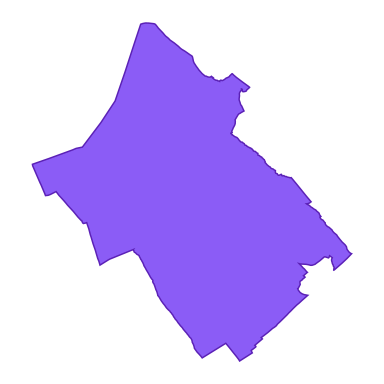 Dersca, Botosani, Romania
{"feature_id": "2599482B84441476848712", "entity_name": "Dersca", "entity_type": "district", "adm_level": 2, "iso_a3": "ROU", "parent_name": "Romania", "parent_adm1": "Botosani", "projection": "robinson", "projection_center": [26.235, 47.983], "detail": "fine", "context": "isolated", "style": "filled", "palette": "violet", "viewbox_px": 384, "rotation_deg": 0, "n_neighbors": 0, "source": "geoboundaries", "source_scale": "gbopen_adm2", "svg_char_len": 5910}
<svg xmlns="http://www.w3.org/2000/svg" viewBox="0 0 384 384"><path d="M351.6,253.7L350.6,253.3L348.9,251.9L347.0,249.3L346.4,246.6L345.0,244.7L342.0,241.9L339.7,239.1L337.5,236.3L336.7,234.9L334.1,232.8L332.8,231.4L331.9,229.8L330.7,228.8L329.6,227.8L328.7,227.1L327.5,226.6L327.1,226.1L326.5,225.7L326.0,225.1L325.2,223.8L325.2,222.8L324.4,222.1L324.1,221.6L322.8,220.0L321.7,219.6L320.7,218.7L320.5,218.4L320.2,217.6L319.9,217.1L320.9,216.5L319.5,214.6L319.3,213.7L318.8,212.8L316.7,211.1L315.8,210.0L314.1,209.1L312.9,208.3L312.7,208.0L310.6,206.7L309.6,205.6L307.2,204.3L306.5,203.8L307.9,203.6L308.7,203.3L309.5,203.0L311.1,201.8L305.9,195.6L296.6,184.1L291.2,177.6L290.0,177.8L289.4,177.5L287.4,177.1L286.2,176.5L285.2,176.5L284.3,176.0L283.9,175.6L283.3,175.8L282.5,175.8L282.0,175.7L281.8,175.6L281.7,175.2L281.6,174.8L281.6,174.5L281.3,174.3L280.7,174.5L279.4,175.2L278.8,175.3L278.3,175.2L277.6,174.5L277.2,173.7L275.7,173.2L275.4,172.4L275.3,171.8L275.5,171.0L275.4,170.5L274.3,170.0L273.3,169.1L271.5,168.5L270.6,167.8L270.2,167.0L269.0,166.4L267.1,164.8L266.6,164.2L265.8,163.2L265.3,162.8L265.1,162.5L265.2,161.7L264.8,161.0L264.3,159.7L263.5,159.2L262.9,158.4L262.1,157.8L261.8,157.2L261.4,157.1L261.0,156.7L260.4,156.6L259.8,155.9L259.1,155.4L258.8,155.4L258.0,155.2L257.8,153.9L257.9,153.4L257.3,153.2L255.2,151.4L254.9,151.3L254.2,151.3L253.6,151.0L253.3,150.8L253.2,150.3L252.2,149.2L252.0,148.9L251.3,148.7L251.0,148.2L250.4,147.9L249.6,147.8L249.2,147.4L248.1,147.0L247.5,146.4L247.0,146.3L246.9,146.2L246.2,145.4L245.0,145.2L244.3,143.8L244.2,143.6L243.7,143.4L243.5,143.2L242.8,142.8L242.5,142.3L242.0,142.1L241.2,142.1L240.4,141.6L240.0,141.0L239.4,140.5L238.0,138.6L236.9,137.5L234.5,136.5L233.6,135.7L232.6,135.1L232.1,134.9L232.2,134.4L231.8,134.1L231.0,133.7L230.8,133.4L230.9,133.1L231.1,132.9L231.5,132.7L231.8,132.6L232.2,132.4L232.1,132.0L231.8,131.6L231.7,131.3L231.9,130.7L232.4,130.0L233.0,128.4L234.8,124.9L235.2,123.4L235.3,121.1L235.1,119.8L236.8,116.9L238.0,114.9L238.6,114.1L239.0,113.8L239.9,113.4L241.1,112.6L244.0,111.0L243.1,109.1L241.8,106.2L241.4,105.5L240.9,105.0L240.4,103.9L240.3,103.3L239.2,100.0L239.1,99.0L239.5,95.8L239.4,94.6L239.4,93.2L240.0,92.0L240.4,91.4L241.6,89.8L241.7,89.5L241.4,89.0L241.7,88.9L242.3,89.6L242.4,91.2L242.6,91.5L242.9,91.7L243.8,91.7L245.0,91.5L245.7,91.3L246.4,90.9L246.7,90.0L249.0,88.0L249.6,87.3L248.9,86.7L242.2,81.8L236.4,77.4L233.7,75.1L232.4,73.8L232.1,73.7L231.9,73.8L230.3,75.3L229.7,75.9L229.4,76.5L229.0,76.8L227.9,77.4L226.2,78.1L225.7,78.4L224.6,79.4L222.7,80.5L221.7,80.5L221.2,80.2L220.6,80.2L219.8,80.8L219.7,81.4L219.1,81.1L217.7,80.8L217.5,80.7L217.0,80.2L216.0,80.3L215.7,80.2L214.2,79.3L212.9,78.2L213.0,78.0L212.4,77.8L212.2,77.5L212.2,77.4L212.7,77.3L211.7,76.6L211.4,76.3L210.4,77.0L209.5,77.2L208.7,77.1L207.5,76.8L206.4,76.2L205.2,76.1L202.1,73.6L198.7,69.7L197.7,68.2L196.4,66.5L194.0,62.8L193.4,61.2L193.0,59.2L192.5,57.0L192.1,56.2L191.7,55.8L189.9,54.7L185.1,51.3L181.6,49.2L180.0,47.9L178.7,46.6L174.3,43.0L173.0,42.1L170.1,40.1L168.7,38.6L167.6,37.6L166.8,37.0L166.0,36.4L164.9,35.3L163.1,33.1L158.4,28.2L156.2,25.3L155.3,24.3L154.8,24.0L153.9,23.7L148.7,23.1L145.5,23.0L142.8,23.5L140.7,24.2L135.1,41.1L125.0,72.1L115.1,101.0L100.9,122.6L82.4,147.1L76.1,148.4L72.6,149.9L49.0,158.5L32.4,164.3L32.7,165.8L32.9,166.3L39.3,181.1L39.4,181.3L39.5,181.5L40.0,182.7L40.9,184.5L44.7,193.5L45.5,195.6L48.1,195.3L50.1,194.6L56.1,191.6L59.0,195.4L63.4,200.2L65.9,203.1L67.6,205.2L73.4,211.5L77.9,217.0L81.3,220.6L81.7,220.6L82.6,222.8L82.9,223.1L83.4,223.5L85.7,223.0L86.3,222.7L86.7,222.6L87.3,224.5L88.8,228.8L90.4,235.0L91.0,236.7L93.1,243.8L94.2,247.0L95.2,249.8L97.7,258.4L98.9,261.3L100.0,265.1L108.5,259.8L109.8,259.1L133.4,249.5L133.2,249.8L133.3,250.2L134.0,251.0L134.0,251.7L134.2,252.0L134.5,252.3L135.5,252.8L136.1,253.5L136.9,254.3L138.6,255.2L139.2,255.7L139.2,256.2L140.4,258.4L140.7,259.2L141.4,260.1L142.1,261.5L142.6,262.3L143.4,264.0L144.0,265.8L145.5,268.3L146.2,269.7L147.9,272.5L148.3,273.2L150.6,277.4L151.7,279.0L152.3,279.6L152.8,280.2L152.9,280.8L152.7,281.7L152.8,282.0L153.3,283.1L154.0,284.1L154.9,286.5L155.9,289.6L156.7,291.3L157.1,292.5L157.6,294.3L157.8,295.5L159.0,296.9L160.5,299.5L161.2,300.7L163.2,303.5L164.8,305.4L165.3,306.2L166.5,307.9L168.5,310.0L169.8,311.1L170.5,312.2L171.2,312.8L171.7,313.7L172.8,315.0L173.7,316.8L174.7,318.1L175.0,318.8L176.8,320.8L178.1,322.8L179.5,324.5L180.3,325.6L182.3,327.7L183.4,329.4L185.7,332.1L186.1,332.5L186.8,333.3L187.2,334.0L188.7,335.7L189.0,336.3L189.8,337.3L190.7,338.1L191.3,339.0L191.7,339.7L192.1,341.0L192.2,342.1L192.3,342.4L193.4,344.5L194.2,346.9L194.3,348.0L194.6,348.6L197.1,352.1L199.1,354.2L200.8,356.1L202.2,357.9L225.8,343.3L229.1,347.3L233.7,353.1L236.6,356.7L238.8,359.6L239.6,361.0L252.3,352.9L251.5,351.3L251.2,350.5L251.6,350.1L252.5,349.5L255.7,347.0L255.9,346.6L255.8,346.3L254.8,345.3L262.4,338.9L261.2,337.6L267.6,332.7L272.6,328.4L274.5,327.2L276.0,326.0L276.5,325.6L277.0,324.7L277.6,324.0L280.1,321.7L287.2,314.7L288.8,312.9L290.6,311.2L293.3,308.4L296.8,305.0L299.1,303.1L301.9,300.5L307.8,295.3L304.1,294.6L302.1,293.8L300.1,292.5L298.3,290.1L297.7,288.6L298.2,288.4L300.2,284.5L299.9,282.5L299.9,281.8L300.2,281.2L301.5,280.4L302.6,279.5L302.6,279.2L303.0,278.8L304.1,278.1L304.3,277.7L305.0,277.2L304.3,276.5L304.4,276.4L303.5,275.7L307.4,272.3L306.8,271.9L304.4,269.0L303.1,267.9L301.6,266.2L299.1,263.6L300.8,264.0L305.9,264.3L308.3,264.7L310.7,265.3L311.4,265.3L312.3,265.2L314.7,264.4L315.3,264.1L316.0,263.5L319.9,260.7L323.5,257.6L324.2,257.0L324.7,256.8L325.0,256.8L328.5,257.9L328.9,257.6L329.2,256.9L329.3,256.5L329.6,255.7L332.3,257.7L331.6,259.2L331.6,260.4L331.6,260.8L332.0,261.9L332.2,263.0L332.6,264.1L333.2,265.1L333.3,266.0L333.7,266.6L334.1,267.3L333.7,270.1L333.8,270.2L334.3,269.9L342.1,263.1L347.1,258.4L351.6,253.7Z" fill="#8b5cf6" stroke="#5b21b6" stroke-width="1.5"/></svg>